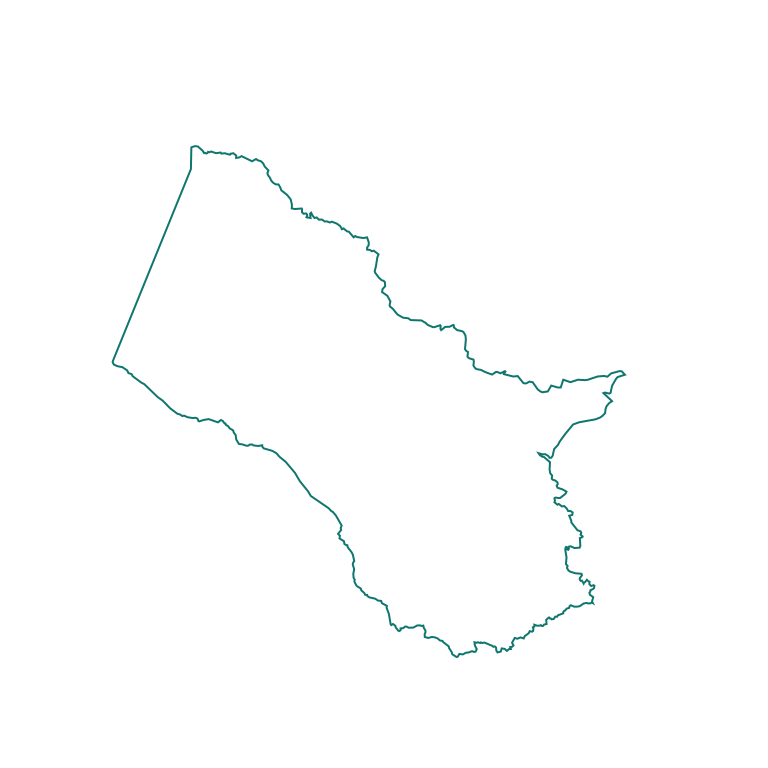 outline of Datem del Marañon, Loreto, Peru, rotated 313°
{"feature_id": "86281439B19525046252167", "entity_name": "Datem del Marañon", "entity_type": "district", "adm_level": 2, "iso_a3": "PER", "parent_name": "Peru", "parent_adm1": "Loreto", "projection": "robinson", "projection_center": [-76.806, -4.129], "detail": "fine", "context": "isolated", "style": "outline", "palette": "teal", "viewbox_px": 768, "rotation_deg": 313, "n_neighbors": 0, "source": "geoboundaries", "source_scale": "gbopen_adm2", "svg_char_len": 6153}
<svg xmlns="http://www.w3.org/2000/svg" viewBox="0 0 768 768"><g transform="rotate(313 384 384)"><path d="M460.1,300.3L464.5,297.9L472.0,292.8L475.1,291.6L474.5,285.5L472.9,284.7L472.4,282.1L470.7,280.0L472.3,278.6L474.9,278.2L477.1,276.4L479.7,271.6L476.7,269.4L473.0,263.9L472.6,262.0L470.6,261.8L471.4,254.4L470.4,252.8L470.2,248.3L468.5,247.7L469.6,244.4L469.2,240.4L467.2,235.2L465.2,234.3L464.0,231.3L462.5,230.0L461.9,226.4L459.8,224.3L459.9,221.2L458.0,219.9L458.5,216.7L459.6,213.9L458.1,213.8L455.3,217.1L453.1,213.6L454.9,212.9L455.7,211.4L455.5,210.6L453.6,209.0L453.7,206.8L456.0,204.8L456.2,204.1L451.2,199.5L449.5,196.8L452.4,194.3L455.4,189.8L456.2,184.1L455.6,176.9L457.0,174.1L458.0,170.8L456.2,168.7L455.6,165.9L455.8,162.9L457.1,159.8L457.6,156.8L458.7,154.9L461.4,153.8L461.7,148.4L462.9,145.3L463.0,142.1L461.5,139.0L461.3,137.0L456.9,135.6L453.5,124.4L451.1,123.7L448.5,121.7L450.3,120.0L450.0,116.4L447.8,114.8L447.1,115.1L446.4,114.6L444.2,110.2L441.6,107.9L441.9,106.7L438.3,103.8L436.1,99.0L434.3,98.2L433.8,97.0L432.4,97.3L431.4,96.9L431.0,95.4L430.2,95.0L430.9,92.3L430.8,85.9L429.1,83.6L426.4,82.0L425.6,81.8L409.5,96.2L223.3,167.2L215.3,170.3L214.6,171.2L214.0,173.5L215.4,177.2L217.9,181.2L218.8,186.9L217.7,189.6L219.1,192.8L218.3,194.9L219.5,205.5L220.4,208.8L220.1,227.4L220.9,233.5L220.4,244.3L221.3,253.1L222.7,255.8L223.0,258.3L224.5,259.4L225.8,263.1L228.7,267.4L230.8,269.2L231.5,271.3L230.4,273.4L230.6,274.3L235.0,276.8L238.8,279.8L242.7,288.7L246.5,289.3L247.0,291.5L246.4,294.2L247.0,294.9L246.3,296.2L246.9,299.0L246.3,301.2L247.2,305.2L246.1,307.1L245.5,310.3L242.7,313.7L241.2,318.8L243.3,321.7L245.1,325.6L246.2,326.7L248.3,327.2L250.0,329.1L250.0,330.3L252.8,334.2L256.1,336.7L255.2,337.6L254.9,339.9L259.0,348.1L260.0,352.7L259.5,357.3L260.0,365.2L258.3,379.5L255.5,388.9L253.7,401.7L252.2,406.8L255.4,428.2L255.1,432.4L255.6,433.6L255.0,438.5L251.6,449.6L249.1,450.6L248.0,452.2L243.1,452.6L243.0,455.2L240.7,456.8L241.7,462.0L240.0,464.1L240.4,466.3L241.1,467.2L239.9,468.7L238.9,474.9L237.9,477.7L234.2,483.0L232.5,483.2L230.7,484.2L228.2,488.5L224.1,491.1L221.5,494.0L220.9,496.0L219.5,496.9L218.5,499.0L217.7,501.9L218.6,506.6L217.6,508.1L217.7,512.1L217.0,514.0L218.2,515.5L217.6,516.7L217.9,518.7L221.0,524.0L221.5,527.3L223.4,529.8L222.3,532.0L223.7,537.4L222.1,538.5L219.1,544.5L212.8,552.7L212.6,553.7L214.6,554.2L214.9,557.3L213.9,558.7L213.3,562.8L214.0,563.8L215.4,564.0L216.6,562.8L218.4,564.5L221.1,564.9L222.0,566.1L222.6,568.3L225.9,571.6L230.1,573.0L232.0,574.9L232.6,576.4L234.1,577.5L232.8,579.4L232.0,582.4L230.5,583.8L228.8,584.3L226.8,586.4L228.4,589.5L231.7,591.6L233.5,594.2L234.5,596.8L234.6,599.8L236.0,602.1L235.6,603.3L236.3,610.3L235.3,611.5L234.0,616.6L232.9,618.2L233.8,623.3L235.1,623.9L238.0,623.2L240.0,626.1L243.4,627.2L245.2,628.9L248.7,630.6L249.4,632.5L250.7,633.5L253.3,632.7L254.8,628.7L256.8,626.3L258.0,628.3L259.1,628.8L260.2,631.0L261.1,631.1L261.5,632.4L263.4,633.8L266.4,642.0L266.3,643.1L267.6,643.9L267.7,645.7L265.6,648.0L265.1,650.1L268.0,651.9L270.9,650.4L272.6,653.0L272.6,655.9L275.6,656.3L276.7,657.5L277.6,655.7L279.3,656.9L281.1,657.0L282.1,654.1L287.5,652.8L288.6,655.2L291.8,656.7L293.2,659.7L295.6,658.9L300.5,659.8L302.6,659.1L303.8,661.2L305.0,661.5L306.8,660.3L307.6,658.8L309.1,659.4L310.5,658.1L311.5,660.6L313.7,662.9L314.6,663.1L314.8,664.6L315.5,665.3L317.2,665.1L319.3,666.6L322.1,663.5L325.3,663.7L326.0,664.2L325.7,665.3L326.3,666.1L326.2,667.1L327.9,668.4L330.7,667.9L331.8,669.3L333.6,669.0L338.5,671.5L339.5,670.6L341.2,670.5L341.8,671.0L344.3,670.8L346.5,672.1L348.2,671.2L349.5,671.4L350.9,675.0L353.2,677.4L355.1,678.7L359.6,679.7L362.2,681.6L362.7,683.0L364.5,684.6L365.9,685.0L366.2,686.2L366.9,684.4L370.8,682.4L370.3,678.3L371.4,676.6L372.8,676.5L373.9,675.6L376.9,676.8L378.2,676.7L380.0,675.4L379.7,674.4L377.6,673.3L377.5,672.5L377.8,670.5L379.6,669.2L379.1,668.1L379.2,665.9L376.1,666.2L375.1,665.7L374.2,666.1L375.2,662.9L374.1,662.0L374.6,660.3L375.9,659.5L379.0,659.3L379.9,657.9L376.0,652.9L373.8,648.3L373.4,646.2L374.3,643.2L376.1,642.4L376.4,639.9L381.7,635.7L386.5,629.5L388.4,628.3L389.0,628.3L389.1,629.4L388.0,630.9L388.4,631.8L389.6,631.6L390.5,630.0L391.4,630.3L392.6,631.2L393.9,635.1L397.7,638.7L399.5,638.0L404.9,632.3L407.2,633.5L408.0,633.2L407.9,630.5L409.8,629.7L410.3,628.2L409.0,625.2L410.5,615.4L411.8,614.1L414.0,609.3L416.6,611.0L418.7,609.6L418.4,607.3L416.7,605.3L417.6,602.4L417.6,599.0L415.8,597.6L415.5,593.7L414.0,593.2L413.8,589.3L415.4,588.5L416.4,586.8L417.1,586.5L418.0,587.0L419.9,589.8L420.9,590.6L427.5,591.6L429.7,590.9L428.8,586.8L426.5,581.6L427.3,579.7L429.4,579.3L430.4,577.8L430.2,575.1L429.0,572.4L429.1,571.3L431.7,569.4L432.1,566.4L434.4,563.4L440.0,558.8L439.7,550.6L438.7,549.2L438.3,546.4L438.8,544.2L440.4,547.5L442.7,549.9L443.4,553.3L442.9,555.4L444.2,556.6L446.5,556.3L452.5,552.8L458.0,552.8L461.5,551.8L471.3,550.6L483.4,549.9L489.2,552.9L502.3,562.7L506.8,564.9L509.7,565.5L513.5,565.6L516.8,563.1L519.6,561.9L523.5,561.7L527.0,562.5L527.0,550.7L528.4,551.4L530.5,555.1L531.9,555.8L538.3,552.0L546.0,550.2L548.4,550.1L555.1,553.9L555.4,549.2L554.1,547.5L546.7,542.9L541.7,542.4L540.0,539.5L535.3,535.2L526.0,530.1L523.8,528.3L519.5,523.0L512.5,519.1L509.4,512.2L502.0,515.6L500.1,513.7L496.9,507.4L490.3,508.9L486.0,505.5L485.2,503.4L484.9,500.1L486.7,491.5L484.9,488.7L481.4,487.6L479.7,485.5L481.0,476.4L477.7,473.5L472.9,464.8L473.3,464.3L475.8,464.4L475.9,463.7L471.2,461.8L470.1,458.7L469.3,457.7L464.6,456.6L461.8,450.0L460.4,445.2L457.9,441.4L457.8,439.4L458.5,436.8L461.6,434.5L462.9,432.8L460.8,428.5L460.9,426.4L464.7,423.6L464.3,421.4L464.7,419.5L472.4,413.5L475.1,410.4L476.2,406.6L475.8,404.9L473.3,400.8L473.1,396.5L474.5,395.1L474.4,394.3L470.7,393.0L467.5,389.8L462.4,389.1L462.8,387.7L465.2,385.7L465.3,385.0L460.0,382.1L458.9,380.9L457.0,375.5L457.1,372.9L456.0,368.0L449.0,360.0L448.6,356.9L445.5,352.7L444.0,346.4L445.0,339.0L444.8,335.4L445.5,334.3L448.8,332.3L450.8,326.3L449.9,319.9L452.5,318.2L456.3,318.2L459.1,315.2L459.2,313.4L458.3,311.5L458.3,307.7L459.3,301.8L460.1,300.3Z" fill="none" stroke="#0f766e" stroke-width="2"/></g></svg>